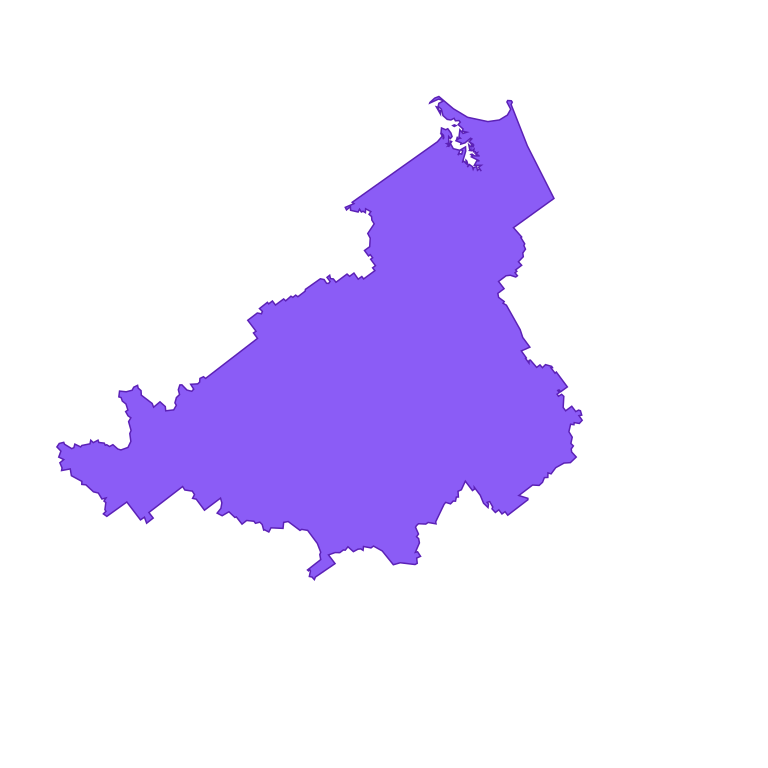 the district of Gympie, Queensland, Australia, rotated 315°
{"feature_id": "25037944B82919316631597", "entity_name": "Gympie", "entity_type": "district", "adm_level": 2, "iso_a3": "AUS", "parent_name": "Australia", "parent_adm1": "Queensland", "projection": "orthographic", "projection_center": [152.893, -26.177], "detail": "fine", "context": "isolated", "style": "filled", "palette": "violet", "viewbox_px": 768, "rotation_deg": 315, "n_neighbors": 0, "source": "geoboundaries", "source_scale": "gbopen_adm2", "svg_char_len": 6152}
<svg xmlns="http://www.w3.org/2000/svg" viewBox="0 0 768 768"><g transform="rotate(315 384 384)"><path d="M192.0,202.0L187.4,205.6L188.5,207.7L186.9,211.0L187.4,215.7L184.5,221.3L181.8,220.8L180.5,225.5L181.1,228.9L176.8,230.0L172.3,238.0L169.2,239.3L164.4,245.6L158.1,247.8L151.3,244.6L149.8,241.7L149.4,235.2L145.7,234.1L145.0,230.9L143.6,230.2L144.4,228.0L141.0,223.7L142.1,221.5L137.0,219.9L136.9,216.4L133.8,218.4L126.9,213.8L125.0,214.0L122.9,207.9L119.7,209.7L117.5,208.9L115.5,200.7L116.3,198.8L112.3,196.4L108.2,197.2L108.1,203.0L102.3,205.7L104.1,211.0L99.1,210.5L97.0,215.7L94.8,217.2L102.1,222.2L98.1,227.8L101.5,239.2L99.3,241.3L101.9,244.5L102.3,254.8L104.9,259.1L103.2,265.9L106.8,268.0L103.2,268.8L103.5,271.1L97.8,275.5L97.4,277.4L93.7,277.4L94.4,281.6L118.7,285.6L115.7,307.9L120.4,308.8L117.7,314.6L126.0,315.6L126.9,308.6L169.1,314.1L168.2,318.1L172.7,324.2L171.8,328.2L167.8,329.5L169.8,332.7L167.8,346.3L187.7,349.1L185.3,353.4L180.7,356.6L174.7,357.3L176.4,362.7L184.0,364.7L184.2,372.9L185.6,373.6L184.5,382.7L190.4,383.4L195.0,389.1L194.6,391.6L198.5,393.9L198.5,397.2L195.3,402.8L196.2,401.9L197.9,407.2L202.4,405.8L210.5,414.7L215.2,410.9L219.0,413.5L221.1,428.1L223.0,428.6L226.5,433.5L224.1,449.6L220.3,458.2L218.0,459.2L215.1,463.4L198.4,461.4L198.5,462.8L200.2,462.7L199.8,464.2L195.1,467.3L196.6,469.6L196.4,473.1L199.0,472.0L222.4,476.4L223.9,465.6L230.2,468.6L233.5,472.0L237.9,472.6L239.1,474.1L243.4,473.6L243.8,480.9L248.8,482.4L251.0,484.2L251.6,486.8L254.6,484.4L258.9,490.7L262.0,491.2L264.7,500.8L262.8,518.4L269.1,521.9L278.3,533.6L280.7,534.3L284.0,530.2L288.0,531.7L289.1,526.4L287.1,525.2L296.7,521.4L299.2,517.8L299.0,515.0L302.3,514.5L305.0,507.6L306.7,507.1L309.6,507.2L314.5,512.6L317.3,513.1L321.9,519.7L323.1,518.0L341.3,511.6L343.9,511.3L346.3,515.8L350.1,515.7L351.7,517.4L355.2,515.1L356.7,516.5L360.5,512.2L363.9,513.5L372.8,510.2L371.2,521.9L373.6,522.3L374.8,520.9L373.4,530.7L370.1,538.7L370.2,544.9L373.0,542.8L373.2,540.6L375.6,541.9L373.9,547.9L372.1,548.6L371.9,553.6L376.2,554.2L375.5,559.3L379.3,559.9L378.7,564.3L403.9,567.6L404.9,566.6L400.5,558.2L417.6,560.5L422.0,565.4L426.6,565.6L431.2,563.6L433.8,565.9L437.1,562.8L438.6,565.7L446.3,564.6L455.4,567.2L460.2,571.4L468.3,571.6L468.6,564.8L470.5,562.3L474.1,561.7L474.1,558.2L479.5,554.7L481.0,548.5L487.5,544.4L489.5,547.1L491.2,545.8L494.2,550.0L498.5,549.8L499.5,544.2L501.8,545.8L504.0,541.8L503.1,540.0L500.1,539.1L501.0,532.5L493.5,531.4L494.1,527.3L502.4,519.9L502.3,516.9L498.7,516.0L499.2,513.6L501.9,514.0L502.3,511.4L503.6,511.9L503.4,514.4L511.6,515.7L514.3,497.4L512.6,497.3L513.5,490.6L514.7,491.5L515.0,490.0L511.9,484.5L507.6,484.5L507.8,480.8L503.7,480.2L504.4,470.6L503.6,470.0L503.1,470.0L501.3,471.7L502.2,466.0L503.1,466.2L504.5,457.7L513.2,461.1L515.0,449.2L518.7,441.9L526.3,414.8L525.3,411.1L527.3,410.7L526.3,403.8L528.6,400.4L536.3,401.5L537.5,392.5L546.9,393.8L550.2,396.4L552.8,401.5L554.9,401.8L555.3,398.0L557.6,398.3L557.8,396.4L565.3,397.4L565.5,392.6L572.5,392.5L574.8,389.5L579.4,388.7L580.8,385.0L582.6,384.4L584.3,377.3L585.3,377.4L586.1,365.0L635.4,373.0L653.8,316.9L671.5,276.3L674.0,275.4L674.3,273.7L671.9,271.0L670.3,271.5L667.9,279.3L661.4,281.1L652.3,278.9L643.0,271.9L631.7,254.5L627.7,238.4L626.1,219.5L622.0,217.7L616.0,217.4L615.5,217.4L614.9,217.7L624.0,221.1L625.7,224.1L625.4,225.6L621.2,224.3L618.6,226.0L618.9,230.2L615.5,235.9L615.8,241.6L618.0,244.6L621.4,245.7L620.6,248.4L623.3,250.8L623.1,252.8L619.9,253.0L620.2,259.6L618.2,260.6L620.7,264.6L617.0,262.7L617.4,257.9L611.8,262.3L611.8,264.2L609.9,262.6L608.7,263.8L610.7,261.0L607.4,263.1L606.6,262.3L609.1,268.0L607.9,268.7L611.8,270.8L619.0,271.4L619.4,272.8L615.4,272.9L616.7,277.8L615.3,276.3L615.3,278.2L616.3,278.2L616.4,278.3L616.2,278.6L616.4,278.5L616.5,278.5L616.2,278.6L616.3,278.2L615.3,278.3L614.5,277.6L614.2,278.6L613.1,277.7L613.1,274.8L610.4,278.8L611.2,279.4L609.7,279.4L611.2,281.4L613.7,281.6L611.6,283.2L612.7,284.3L611.7,285.2L613.7,286.4L611.5,286.7L612.5,289.2L612.6,289.7L612.4,289.9L609.3,286.7L608.8,283.7L607.7,283.1L607.7,285.5L606.4,285.2L609.2,293.7L607.4,291.8L602.6,293.2L607.4,298.1L604.2,297.6L603.3,302.3L603.8,299.3L601.2,299.0L603.2,295.8L600.1,294.1L599.7,294.9L598.9,295.2L600.2,292.8L599.6,289.2L596.3,289.6L598.1,289.0L600.2,284.9L600.2,283.8L598.0,286.1L598.0,282.2L595.9,282.9L606.5,277.1L609.3,274.0L603.9,272.6L604.6,274.6L601.5,276.4L600.3,274.4L598.1,274.4L603.0,272.6L599.4,266.6L601.0,261.0L603.3,260.4L602.7,259.2L600.2,261.3L597.3,262.0L598.3,261.2L597.5,260.8L600.5,260.4L600.1,260.3L598.9,260.2L598.4,260.0L599.5,260.1L598.6,259.6L598.3,258.3L600.0,259.4L604.7,254.8L604.5,257.4L607.1,257.2L608.8,253.8L609.6,248.6L607.4,247.8L605.7,243.6L601.9,246.7L601.9,250.2L600.4,252.2L598.9,252.7L601.2,250.9L601.3,249.9L600.9,248.5L600.5,249.9L593.1,250.5L490.0,233.0L490.3,235.2L481.5,231.7L480.6,234.4L485.6,234.9L483.2,237.5L487.3,244.1L490.3,243.1L489.6,246.4L491.3,247.0L492.0,249.7L494.9,247.1L496.6,252.8L493.4,253.4L493.6,256.8L491.3,259.5L490.3,263.8L478.9,266.1L477.4,271.1L471.0,276.8L464.6,275.8L463.6,282.5L465.8,282.9L465.2,286.7L462.8,286.3L461.6,294.3L458.1,293.8L457.7,297.4L443.9,295.3L444.3,292.3L439.9,291.6L441.2,284.3L435.8,283.5L435.6,280.1L422.0,278.1L422.5,273.9L420.7,271.6L422.5,268.7L419.1,268.3L418.4,273.4L416.0,273.7L414.6,272.2L415.5,267.8L413.4,264.6L395.4,261.5L393.8,262.6L384.8,261.4L384.4,258.7L380.8,258.3L380.3,256.1L373.3,255.7L373.2,252.9L363.1,251.4L363.8,246.4L359.1,245.8L359.3,243.8L349.3,242.6L349.3,246.7L347.0,247.7L344.6,244.2L332.7,242.6L330.8,256.2L327.8,255.6L326.8,262.3L261.8,253.9L261.5,251.2L257.8,249.9L255.0,252.3L252.4,252.2L247.1,247.5L245.8,253.1L242.9,253.2L240.4,249.0L240.5,241.7L239.0,240.3L234.5,242.6L232.0,246.9L227.6,246.8L222.8,249.5L222.1,252.2L217.0,253.6L210.7,248.6L213.4,245.3L213.0,238.2L204.7,237.5L206.3,233.8L204.5,220.3L207.5,216.9L207.3,213.0L208.8,210.7L204.8,209.3L201.5,210.3L196.2,207.2L192.0,202.0ZM616.4,229.7L617.6,226.1L617.0,225.0L614.8,233.0L617.2,230.6L616.4,229.7ZM617.7,252.2L617.0,250.5L615.4,249.9L615.8,251.6L617.7,252.2Z" fill="#8b5cf6" stroke="#5b21b6" stroke-width="1.5"/></g></svg>